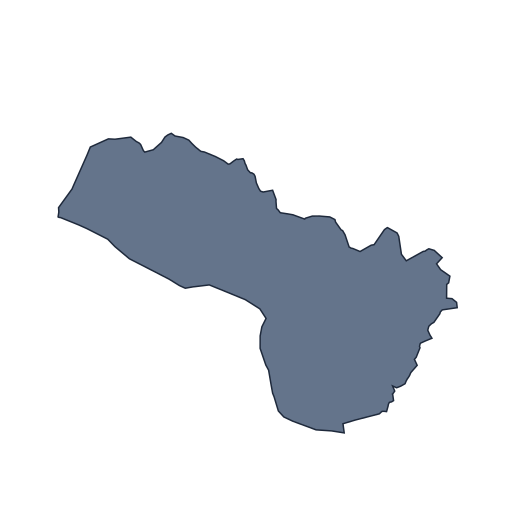 outline of Kagarko, Kaduna, Nigeria, rotated 37°
{"feature_id": "59680162B89404589930000", "entity_name": "Kagarko", "entity_type": "district", "adm_level": 2, "iso_a3": "NGA", "parent_name": "Nigeria", "parent_adm1": "Kaduna", "projection": "albers", "projection_center": [7.654, 9.484], "detail": "fine", "context": "isolated", "style": "filled", "palette": "slate", "viewbox_px": 512, "rotation_deg": 37, "n_neighbors": 0, "source": "geoboundaries", "source_scale": "gbopen_adm2", "svg_char_len": 2500}
<svg xmlns="http://www.w3.org/2000/svg" viewBox="0 0 512 512"><g transform="rotate(37 256 256)"><path d="M331.1,337.9L334.8,339.6L345.5,349.7L351.9,355.6L355.1,357.5L367.1,366.3L375.1,367.8L384.8,365.8L408.6,358.7L421.6,350.2L432.9,344.2L426.4,337.6L434.2,327.0L449.5,307.8L450.1,304.3L451.7,303.0L453.9,301.7L451.7,296.1L451.3,295.5L450.9,294.4L450.6,292.6L451.1,292.0L451.7,291.4L452.1,290.8L452.9,288.7L448.6,284.4L448.1,284.2L448.2,283.9L448.1,280.4L443.3,277.6L447.6,276.6L449.9,272.9L451.9,268.3L451.2,265.7L451.1,265.2L450.9,263.6L450.8,263.4L450.8,261.6L450.7,260.2L450.5,258.7L450.3,258.0L449.8,256.0L450.5,246.3L444.7,243.2L444.9,240.5L442.4,231.3L442.2,230.6L441.0,229.8L440.9,229.6L439.9,227.3L439.9,226.5L440.4,225.6L442.4,221.9L446.0,215.8L442.6,214.5L437.8,211.9L436.3,208.1L436.9,204.5L438.0,202.0L437.6,191.5L436.9,189.8L437.2,186.9L447.8,176.2L444.1,172.3L438.2,172.1L433.6,175.0L425.4,163.9L426.0,161.5L423.0,155.4L411.7,155.8L404.9,153.6L405.7,145.3L395.5,144.3L395.1,144.2L389.7,146.2L388.8,148.1L388.1,150.4L386.8,151.7L379.7,167.6L378.9,169.4L371.1,167.1L358.7,154.9L358.2,154.4L354.8,152.7L343.9,154.2L343.7,154.5L342.7,157.6L343.0,164.6L343.5,175.9L341.5,178.0L336.4,189.8L328.9,191.7L326.9,192.6L325.7,192.6L325.0,192.8L318.3,188.2L314.4,185.5L309.9,183.6L308.2,183.9L299.1,181.0L297.1,179.4L291.4,180.4L282.5,186.0L276.9,190.3L272.7,196.1L272.7,197.2L261.9,200.5L260.8,200.8L256.1,203.2L249.6,206.7L249.2,206.8L245.6,205.8L245.2,205.8L243.8,205.7L239.2,200.5L238.0,198.8L229.7,193.5L223.2,200.6L220.6,201.5L217.6,200.4L212.3,197.4L207.3,192.9L205.1,191.9L202.6,192.1L201.5,192.9L197.5,192.2L193.5,189.6L193.0,189.3L191.7,188.8L189.4,187.0L187.1,186.1L183.4,189.8L182.2,190.2L181.0,193.6L179.7,198.2L178.5,199.4L172.9,199.4L163.7,201.0L152.2,204.0L149.0,205.6L147.7,205.6L142.2,205.4L136.9,204.7L132.6,203.9L126.6,205.2L119.1,208.9L114.5,209.0L112.7,212.4L111.7,215.8L112.2,222.4L112.1,222.5L110.0,233.0L104.6,240.0L102.6,239.6L97.0,236.5L96.8,236.4L95.7,236.2L94.5,236.1L91.5,236.6L84.5,236.4L73.1,247.6L67.6,251.3L58.1,268.7L60.3,277.0L67.7,308.9L68.8,313.4L68.8,315.1L69.2,336.2L72.1,339.6L74.4,343.9L75.2,343.8L75.8,343.5L76.9,342.9L83.3,341.2L90.7,339.2L96.0,337.8L104.4,335.9L127.5,331.8L137.7,333.4L150.8,334.1L156.6,334.4L179.6,330.4L200.5,326.8L212.6,325.7L218.9,324.3L224.6,318.2L225.2,317.7L236.1,307.2L273.7,297.3L290.9,295.9L301.6,299.8L303.3,309.0L307.4,317.3L314.9,327.3L329.5,337.2L331.1,337.9Z" fill="#64748b" stroke="#1e293b" stroke-width="1.5"/></g></svg>